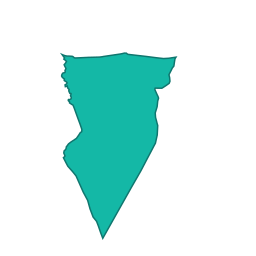 Al Qureisha, Gedarif, Sudan, rotated 248°
{"feature_id": "16777658B80860182226455", "entity_name": "Al Qureisha", "entity_type": "district", "adm_level": 2, "iso_a3": "SDN", "parent_name": "Sudan", "parent_adm1": "Gedarif", "projection": "albers", "projection_center": [36.204, 13.665], "detail": "fine", "context": "isolated", "style": "filled", "palette": "teal", "viewbox_px": 256, "rotation_deg": 248, "n_neighbors": 0, "source": "geoboundaries", "source_scale": "gbopen_adm2", "svg_char_len": 2008}
<svg xmlns="http://www.w3.org/2000/svg" viewBox="0 0 256 256"><g transform="rotate(248 128 128)"><path d="M35.2,63.3L71.6,108.8L83.4,123.8L92.5,134.5L97.8,140.8L100.1,143.5L101.8,145.5L103.6,147.7L110.6,152.5L119.2,156.5L121.4,156.7L122.7,156.9L124.2,157.1L127.5,157.5L131.8,158.9L135.0,161.5L136.6,162.8L137.4,163.3L141.8,165.6L143.6,167.0L144.2,167.5L145.2,167.6L146.5,167.6L147.5,167.5L153.0,167.3L153.8,167.4L154.8,168.1L153.5,171.2L152.2,174.3L152.5,176.1L152.9,178.1L153.1,179.1L154.0,182.9L155.6,184.4L159.2,185.5L162.0,185.9L163.2,187.2L165.4,189.8L167.0,191.5L168.2,193.7L171.8,195.8L174.6,197.5L175.7,199.0L176.0,197.8L177.4,191.9L179.1,186.9L179.5,186.2L181.8,181.9L186.5,173.5L187.3,172.1L196.1,155.9L196.5,155.3L198.0,154.5L198.8,152.7L199.2,150.0L199.6,148.1L203.6,131.6L203.6,131.3L204.4,128.2L208.4,117.5L212.1,106.9L212.2,106.7L212.6,105.5L213.2,104.5L213.9,104.2L215.1,103.5L215.9,102.1L216.0,101.8L216.9,100.0L217.6,98.3L218.5,96.9L219.8,95.4L220.8,94.4L218.7,94.9L216.8,95.4L215.9,94.3L214.2,95.3L212.8,95.9L211.6,94.4L210.6,92.5L209.4,92.5L206.4,92.8L205.6,92.0L205.1,91.2L204.0,91.0L203.1,90.3L203.2,89.2L203.3,88.1L202.5,86.9L201.1,85.9L200.1,86.0L199.4,86.1L198.4,86.7L197.3,87.4L196.3,86.7L195.6,86.8L194.8,87.5L193.6,88.3L192.8,88.4L192.0,87.8L191.7,86.7L191.6,85.8L189.8,85.4L189.7,86.6L189.7,87.4L187.7,87.1L185.8,87.8L184.6,87.0L182.8,87.0L181.8,87.1L181.3,88.0L180.0,87.4L179.5,86.8L178.7,86.8L178.0,86.9L177.0,86.6L176.3,85.9L176.2,84.6L176.7,83.6L176.3,83.0L175.3,83.0L174.8,83.5L174.2,83.6L173.2,83.2L171.1,84.6L169.8,85.6L166.6,85.6L156.4,85.2L149.6,85.0L144.0,84.7L142.7,84.1L141.9,83.6L141.7,82.7L141.6,82.1L141.2,81.5L140.1,80.0L137.7,76.3L136.4,69.9L135.5,66.8L134.4,65.1L133.6,63.7L132.2,63.0L131.3,61.8L130.7,60.2L128.9,59.1L126.8,59.1L125.7,59.1L125.2,58.5L124.7,57.0L122.4,57.2L119.0,57.5L115.1,57.9L108.3,60.3L103.0,61.9L85.2,62.5L76.0,63.5L67.2,62.5L58.5,62.3L53.2,63.9L48.1,63.8L40.5,63.4L35.2,63.3Z" fill="#14b8a6" stroke="#0f766e" stroke-width="1.5"/></g></svg>